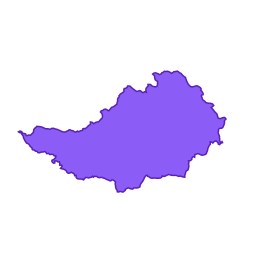 Miracatu, São Paulo, Brazil, rotated 219°
{"feature_id": "56859067B15961203060488", "entity_name": "Miracatu", "entity_type": "district", "adm_level": 2, "iso_a3": "BRA", "parent_name": "Brazil", "parent_adm1": "São Paulo", "projection": "mercator", "projection_center": [-47.376, -24.194], "detail": "fine", "context": "isolated", "style": "filled", "palette": "violet", "viewbox_px": 256, "rotation_deg": 219, "n_neighbors": 0, "source": "geoboundaries", "source_scale": "gbopen_adm2", "svg_char_len": 4941}
<svg xmlns="http://www.w3.org/2000/svg" viewBox="0 0 256 256"><g transform="rotate(219 128 128)"><path d="M129.9,59.7L129.9,61.1L129.8,62.9L128.7,63.8L127.3,64.2L126.6,65.3L125.3,66.9L125.1,68.3L124.0,68.0L123.8,69.1L122.9,69.9L121.8,70.7L120.3,70.7L118.9,71.4L118.1,72.5L116.8,73.3L115.7,73.6L114.3,74.2L112.6,74.5L111.0,75.0L109.1,75.5L108.1,76.1L107.8,77.6L106.8,78.2L105.4,78.3L103.9,78.3L102.8,76.5L101.3,75.2L100.1,74.0L98.7,73.1L96.9,72.7L96.3,71.7L95.0,72.3L94.3,73.7L92.7,74.5L91.6,75.0L91.2,76.5L90.9,77.7L91.4,78.7L90.9,80.1L90.2,81.7L89.0,82.0L87.5,82.5L85.9,83.5L85.7,85.1L84.7,86.0L83.5,86.8L82.3,88.3L81.7,89.8L82.4,90.7L82.9,92.4L83.0,94.0L83.0,95.4L83.2,96.8L83.5,98.3L84.0,99.7L84.2,102.1L83.4,103.3L82.5,102.8L81.5,103.2L79.2,103.3L77.7,104.1L76.5,105.4L74.3,106.9L72.6,108.2L71.4,109.4L70.8,110.8L71.2,112.4L69.7,112.9L68.9,113.8L68.0,115.9L67.1,117.4L66.1,118.0L64.8,118.4L63.8,119.1L62.9,119.7L62.1,120.4L60.8,121.4L59.2,122.0L58.0,122.4L57.1,123.6L55.6,124.1L54.2,124.7L52.9,125.5L53.9,126.6L54.7,128.6L55.4,130.1L55.7,131.2L55.0,133.1L55.8,135.1L56.6,136.5L57.4,137.4L58.4,138.2L58.9,139.5L60.3,140.6L59.0,141.8L58.6,143.6L59.5,144.8L59.4,146.8L57.8,147.2L58.6,148.4L59.3,149.4L58.5,150.6L57.9,151.6L57.1,152.4L54.7,152.9L53.1,153.6L51.4,155.8L51.0,157.3L51.6,159.0L51.9,160.1L52.4,161.3L53.1,162.4L53.4,163.7L53.9,165.4L53.8,167.3L54.6,168.1L55.3,169.0L53.9,169.7L52.6,169.7L52.6,171.2L51.6,173.4L48.9,173.3L47.7,172.3L46.3,172.7L46.4,174.4L47.7,175.3L49.0,176.0L49.7,177.1L50.8,178.0L51.6,179.1L53.2,180.0L54.3,180.6L55.2,181.2L55.7,182.6L56.7,183.7L56.8,184.9L56.1,185.9L55.1,186.6L54.7,188.1L55.1,189.8L55.7,191.6L56.4,193.0L57.4,193.9L57.6,195.3L57.5,196.6L58.5,197.0L59.9,196.8L61.1,195.3L62.0,193.5L63.0,192.9L64.3,192.5L65.5,193.3L67.1,194.5L68.4,195.0L69.8,195.1L71.0,195.2L72.8,195.7L74.6,196.0L76.3,196.4L75.7,198.0L75.6,199.5L77.6,199.9L79.4,199.1L80.9,198.0L82.2,197.3L83.8,196.7L84.9,197.1L86.3,197.0L87.8,197.0L89.6,198.2L91.1,198.9L91.5,200.0L90.6,201.1L91.3,202.1L92.4,202.5L94.0,203.1L95.3,203.1L95.7,204.4L97.2,204.9L98.9,204.7L100.6,204.4L102.0,203.1L103.0,201.5L103.8,200.5L105.2,199.6L107.2,199.7L108.9,200.0L110.2,200.6L111.2,201.0L112.6,201.8L114.0,202.6L115.1,203.4L118.0,203.3L119.8,203.5L121.1,203.8L123.0,203.3L124.0,203.5L125.5,203.2L126.6,201.8L127.8,200.6L128.0,199.4L128.6,197.9L129.9,197.8L131.7,197.5L133.1,196.9L134.0,195.9L135.5,194.9L135.7,193.3L136.4,192.4L136.3,190.7L137.1,189.3L138.8,189.1L141.2,188.3L142.4,187.0L142.8,185.4L141.6,185.3L140.3,185.4L139.4,184.3L138.5,183.6L137.2,182.6L135.8,182.6L134.3,182.8L133.5,181.7L132.2,180.0L131.8,178.4L132.6,177.2L134.9,176.0L136.5,175.7L137.5,176.0L138.5,175.6L139.9,174.4L138.7,173.5L138.9,171.9L138.9,170.1L138.2,169.1L137.3,168.0L136.3,167.3L137.7,166.9L138.7,164.8L140.2,164.7L141.6,164.8L142.7,164.2L143.2,163.1L144.2,161.9L145.8,161.6L147.3,161.7L148.7,161.5L149.8,161.6L151.2,161.6L152.3,161.9L153.3,161.5L154.7,160.5L154.3,158.7L154.9,157.3L155.8,156.2L155.3,155.1L154.0,153.7L154.3,152.6L154.8,151.1L155.3,149.7L155.3,147.4L154.5,146.5L154.6,145.0L154.0,143.4L153.0,142.6L152.7,141.4L151.6,139.3L152.0,138.2L152.3,136.6L152.9,135.0L153.7,133.8L153.8,132.2L153.7,130.4L153.9,129.1L155.9,129.0L157.4,128.5L158.3,127.5L158.6,125.8L159.6,124.6L159.5,123.1L158.4,123.0L157.4,122.8L156.3,122.2L154.9,120.7L154.2,119.1L154.7,117.8L154.6,116.2L154.7,114.5L155.5,113.4L156.4,112.5L156.9,111.1L157.6,109.7L159.2,109.9L161.0,109.0L160.0,107.9L159.5,106.8L160.2,105.1L160.3,103.2L160.6,101.7L160.7,100.5L161.9,100.0L162.6,99.1L161.8,97.7L163.2,95.9L163.9,94.1L165.4,93.8L165.8,92.3L167.0,91.3L168.8,91.3L170.4,90.4L171.6,90.2L172.6,89.6L172.7,88.3L173.4,87.4L174.0,85.8L175.0,84.7L176.2,84.0L177.4,83.6L178.7,83.3L179.9,83.0L181.2,82.6L182.4,82.3L183.8,81.5L185.4,81.1L187.2,79.6L187.6,78.0L189.8,77.0L191.4,75.6L192.8,75.3L194.4,74.8L195.8,74.5L197.0,73.8L198.8,72.7L200.0,71.8L199.9,70.3L200.3,69.3L200.3,67.6L199.5,66.3L198.8,64.9L199.0,62.9L199.3,61.0L200.8,60.0L201.8,58.3L202.9,58.3L203.8,59.0L205.4,58.3L206.7,57.6L208.4,58.3L210.1,57.6L210.7,56.1L209.4,56.2L208.1,57.0L206.9,56.4L205.5,56.1L204.2,55.7L202.9,54.5L200.9,53.7L199.7,53.1L198.2,52.7L197.2,52.4L196.1,52.9L194.4,52.9L192.9,52.3L191.7,52.1L190.2,52.2L189.2,51.2L188.1,51.1L187.1,51.9L185.5,51.7L184.0,52.6L182.4,52.2L181.1,53.1L180.4,54.5L179.0,55.8L177.8,57.4L176.6,57.4L174.9,56.9L173.8,58.3L172.1,58.1L170.7,59.6L169.4,60.3L167.7,59.9L166.6,60.9L165.6,59.6L165.8,57.5L166.1,56.3L166.8,55.1L166.0,54.0L163.9,53.7L162.9,54.7L164.1,56.4L162.6,57.5L160.9,57.6L160.2,58.5L159.1,58.0L158.4,57.0L157.7,56.1L156.2,57.4L155.1,56.7L155.0,54.2L153.5,54.7L152.3,55.5L151.0,55.7L149.3,56.0L147.7,55.2L146.0,55.2L144.8,56.4L144.2,58.0L143.1,58.0L141.9,58.5L140.5,58.2L139.4,57.4L138.4,58.5L137.1,56.9L135.6,56.7L134.3,57.3L133.4,58.0L132.5,58.7L131.3,59.4L129.9,59.7ZM46.4,174.4L45.3,176.1L46.4,176.6L46.4,174.4Z" fill="#8b5cf6" stroke="#5b21b6" stroke-width="1.5"/></g></svg>